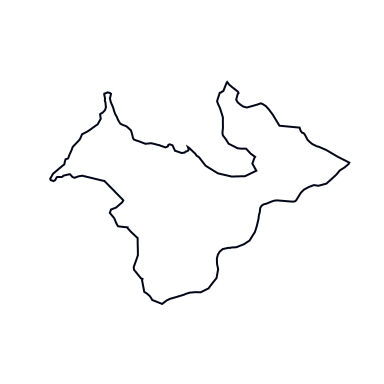 the district of Yarim, Ibb, Yemen, rotated 110°
{"feature_id": "15242507B58616339895534", "entity_name": "Yarim", "entity_type": "district", "adm_level": 2, "iso_a3": "YEM", "parent_name": "Yemen", "parent_adm1": "Ibb", "projection": "natural_earth1", "projection_center": [44.288, 14.289], "detail": "fine", "context": "isolated", "style": "outline", "palette": "ink", "viewbox_px": 384, "rotation_deg": 110, "n_neighbors": 0, "source": "geoboundaries", "source_scale": "gbopen_adm2", "svg_char_len": 4942}
<svg xmlns="http://www.w3.org/2000/svg" viewBox="0 0 384 384"><g transform="rotate(110 192 192)"><path d="M162.5,259.8L162.6,260.7L162.6,261.1L162.6,264.5L161.6,265.8L158.1,268.1L155.8,269.8L155.0,270.4L154.1,272.5L152.8,275.7L152.7,276.8L152.6,277.8L152.7,279.4L152.4,282.1L152.1,283.1L151.5,283.8L150.9,284.5L150.4,285.1L149.9,285.8L149.2,286.4L149.1,286.6L148.6,287.0L147.9,287.6L147.2,288.3L146.5,289.1L146.0,289.7L145.4,290.3L145.2,290.6L144.8,291.0L144.2,291.5L143.5,292.1L142.8,292.7L142.2,293.2L141.5,293.6L141.3,293.8L140.9,294.1L140.2,294.6L139.4,295.2L138.8,295.8L138.2,296.3L137.5,296.9L137.5,297.0L136.9,297.6L136.2,298.2L135.9,298.5L135.6,298.8L134.9,299.3L134.2,299.8L133.4,300.3L132.8,300.7L132.1,301.2L131.2,301.2L127.4,301.7L127.0,303.3L127.4,305.6L128.0,306.1L128.9,307.1L129.5,308.0L130.3,307.9L131.6,307.1L133.8,305.7L134.7,305.5L135.3,305.4L136.1,305.0L136.8,304.5L136.9,304.4L137.2,304.2L137.4,304.0L138.9,303.3L140.0,302.7L141.2,302.2L141.3,302.1L141.6,302.0L141.9,301.8L145.0,301.8L147.5,302.9L148.0,303.1L149.9,304.8L150.5,304.9L154.4,302.8L156.8,303.2L160.7,303.8L161.1,304.1L161.9,304.7L165.0,306.8L165.4,307.1L168.1,308.9L170.9,310.9L171.3,311.3L172.8,312.7L173.2,313.0L174.0,313.8L175.4,315.1L178.5,315.2L179.7,315.3L181.5,315.6L182.6,316.1L185.2,317.2L189.5,319.1L189.9,319.3L190.3,319.5L194.1,319.5L199.0,319.9L200.7,319.9L202.8,319.9L203.3,320.4L204.0,321.4L204.4,322.0L204.8,322.0L207.5,321.8L209.7,321.4L211.4,322.5L213.8,323.9L213.9,324.0L214.3,324.2L222.2,328.7L222.7,328.9L223.3,329.0L226.1,329.4L228.0,329.8L229.1,328.9L229.1,327.5L229.1,325.9L228.4,325.3L227.6,324.6L227.4,324.6L224.6,324.2L224.0,323.8L223.5,322.5L222.4,319.4L222.0,319.0L221.2,318.6L220.7,318.5L219.0,316.0L217.0,312.8L217.8,311.3L218.8,309.4L218.8,307.2L218.6,307.0L217.3,305.5L216.3,304.2L215.7,303.3L215.6,303.2L215.3,302.6L214.8,301.7L214.2,300.7L214.2,300.4L212.9,289.0L212.7,286.7L212.4,284.4L212.0,280.6L211.9,280.1L211.9,279.9L211.8,279.3L211.5,278.1L211.7,277.9L218.0,264.6L218.2,264.3L222.6,255.1L223.3,253.7L225.4,254.0L232.6,258.0L235.9,261.8L236.1,262.1L239.7,262.1L239.8,262.0L240.3,261.1L243.3,256.0L246.0,253.6L246.8,252.9L248.6,250.9L249.5,249.8L248.6,245.7L247.3,240.6L247.7,240.6L250.2,236.0L250.4,235.5L253.2,229.0L253.9,227.3L258.3,225.7L264.9,223.1L270.0,221.2L275.4,221.1L276.1,221.1L276.4,221.1L282.5,221.1L284.9,219.9L290.6,210.4L290.6,209.9L290.6,208.8L291.2,208.8L291.9,208.8L296.8,205.9L298.3,205.0L302.2,202.7L302.8,199.7L304.3,195.9L305.8,194.0L307.1,192.3L307.2,188.2L307.4,181.8L302.4,178.6L302.1,178.2L300.1,176.4L296.2,171.0L291.4,164.6L289.5,162.6L287.3,159.6L285.0,154.7L283.3,149.6L280.9,147.3L278.4,144.9L277.0,143.5L273.4,142.5L267.4,140.5L264.8,139.6L264.5,139.5L256.4,140.9L255.5,141.1L251.0,143.9L245.9,145.9L242.2,146.2L238.9,145.7L235.2,143.7L232.1,138.9L231.4,136.8L230.6,135.9L229.8,133.9L228.7,131.4L226.5,128.9L223.3,125.3L223.2,125.3L222.2,124.5L217.9,121.3L211.1,119.9L208.1,119.2L203.0,119.4L200.6,119.6L194.7,120.3L190.2,121.3L188.4,121.3L187.9,121.4L185.4,122.0L183.6,122.4L181.9,122.1L180.6,121.6L179.0,120.3L177.7,118.3L175.9,116.3L174.3,114.6L172.3,112.2L170.8,109.3L167.1,95.7L166.5,93.9L166.0,92.7L165.6,92.2L165.2,91.8L164.2,91.3L163.5,91.1L161.4,90.7L155.6,89.5L154.0,88.8L151.5,87.6L147.3,83.9L143.8,79.8L142.9,75.3L138.1,68.5L136.0,67.4L129.8,64.1L126.1,62.2L121.4,60.6L116.5,56.9L112.3,54.5L110.6,54.2L109.0,67.4L106.6,80.3L106.3,85.8L106.1,88.3L106.4,90.2L105.8,95.3L104.9,98.0L103.5,101.2L99.8,105.2L99.1,106.2L98.5,107.2L98.6,108.9L97.3,110.9L94.7,112.9L98.3,126.7L99.8,132.5L91.9,142.3L88.0,148.2L86.1,151.8L85.2,155.6L85.2,156.7L85.1,157.6L86.0,158.7L87.5,160.5L91.4,165.9L91.8,166.5L92.6,167.6L93.8,169.2L94.2,173.0L93.4,176.3L92.2,179.5L92.0,179.9L91.3,180.7L90.2,182.0L84.5,182.6L83.1,182.1L82.0,183.2L79.8,190.0L79.3,191.3L78.5,193.6L78.4,193.8L76.6,196.6L77.2,196.8L79.8,196.9L86.5,197.1L87.6,198.3L88.1,198.3L89.3,199.9L90.6,199.8L96.6,199.6L98.3,199.4L100.7,197.3L103.6,194.4L111.3,188.5L116.3,186.7L121.0,184.9L126.1,183.6L128.3,182.3L131.2,177.7L131.4,177.6L134.1,174.1L134.5,170.8L134.8,167.9L135.2,165.1L135.3,164.0L134.4,160.4L133.7,158.6L132.8,156.0L133.2,155.2L135.9,150.0L137.4,144.7L138.4,145.0L144.6,145.0L145.2,144.4L150.0,138.8L157.9,146.5L159.0,147.6L159.6,148.9L160.6,151.7L161.2,153.1L162.5,156.5L162.8,157.1L163.7,159.4L164.0,160.3L164.1,161.6L165.3,171.4L165.3,171.7L165.6,174.2L162.7,188.1L162.6,188.3L162.0,189.3L161.0,190.8L160.0,192.5L159.5,193.2L157.0,197.2L156.7,198.2L156.3,200.1L154.7,202.3L154.0,204.2L151.6,209.6L151.2,211.2L152.1,210.4L153.3,209.8L154.1,209.7L154.9,210.1L155.5,210.7L156.0,211.7L157.4,212.3L158.1,213.6L158.8,214.8L158.9,215.1L159.0,221.5L159.1,222.0L154.8,226.3L154.8,229.2L155.7,230.3L157.4,230.3L159.2,232.2L159.2,236.0L159.2,236.4L159.2,237.6L159.2,238.9L159.4,240.2L159.6,242.3L159.8,244.6L160.1,246.6L160.1,247.0L162.6,252.2L162.6,254.7L162.5,259.8Z" fill="none" stroke="#020617" stroke-width="2"/></g></svg>